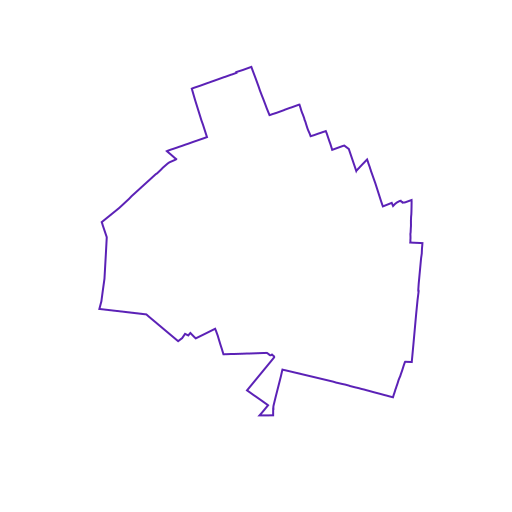 outline of Maglavit, Dolj, Romania, rotated 340°
{"feature_id": "2599482B52050462021094", "entity_name": "Maglavit", "entity_type": "district", "adm_level": 2, "iso_a3": "ROU", "parent_name": "Romania", "parent_adm1": "Dolj", "projection": "albers", "projection_center": [23.135, 44.034], "detail": "fine", "context": "isolated", "style": "outline", "palette": "violet", "viewbox_px": 512, "rotation_deg": 340, "n_neighbors": 0, "source": "geoboundaries", "source_scale": "gbopen_adm2", "svg_char_len": 4960}
<svg xmlns="http://www.w3.org/2000/svg" viewBox="0 0 512 512"><g transform="rotate(340 256 256)"><path d="M366.1,408.9L373.3,393.7L386.7,365.2L392.8,352.5L396.7,344.9L396.9,344.3L396.6,344.2L396.7,343.8L399.4,337.7L410.4,314.5L412.6,310.4L414.5,305.8L416.1,302.4L416.8,300.8L407.4,296.9L405.6,296.1L405.8,295.8L406.3,294.5L406.7,293.4L407.2,292.3L407.7,290.9L408.2,289.4L408.6,288.1L409.1,287.2L409.5,286.4L410.2,284.7L411.0,282.8L411.8,281.0L412.4,279.4L412.8,278.2L413.3,276.9L413.7,275.7L414.1,274.8L415.1,272.3L416.2,270.0L417.3,267.3L418.7,263.7L420.8,258.2L421.3,256.6L418.5,256.6L417.4,256.6L415.9,256.6L414.5,256.6L413.4,256.4L412.6,256.1L412.0,256.0L411.9,255.2L411.4,254.9L411.1,254.6L411.0,254.3L410.9,253.9L410.9,253.6L410.5,253.5L409.5,253.5L408.1,253.7L406.7,253.9L404.5,254.6L402.7,255.5L401.9,255.9L401.7,252.5L392.2,252.8L392.2,250.8L392.3,246.6L393.0,228.7L393.1,218.2L393.1,215.3L393.2,214.4L393.2,213.5L393.2,212.6L393.3,211.7L393.3,210.7L393.3,209.8L393.3,208.9L393.3,208.0L393.3,207.1L393.4,206.2L393.4,205.2L393.4,204.2L393.4,203.5L393.4,203.3L392.6,203.7L392.3,203.8L391.8,204.1L391.3,204.3L390.8,204.6L390.3,204.8L389.8,205.1L389.3,205.3L388.8,205.6L388.2,205.8L387.7,206.1L387.1,206.4L386.6,206.6L386.1,206.9L385.5,207.2L385.0,207.4L384.4,207.7L383.9,208.0L383.3,208.3L382.8,208.6L382.2,208.8L381.7,209.1L381.1,209.4L380.6,209.7L380.0,210.0L379.4,210.2L379.3,210.3L379.8,187.2L376.7,182.4L374.7,182.3L363.9,182.3L364.0,180.6L364.2,176.2L364.2,173.1L364.3,168.7L364.4,165.2L364.3,162.5L362.7,162.5L361.6,162.4L358.9,162.4L356.5,162.3L352.0,162.3L348.3,162.1L348.3,159.4L348.1,156.8L348.0,155.0L348.0,153.3L348.1,150.8L348.2,148.6L348.3,147.4L348.3,145.8L348.2,144.6L348.4,143.1L348.4,140.6L348.4,138.9L348.3,137.7L348.3,136.3L348.3,134.9L348.5,131.7L348.6,128.6L348.3,128.5L348.2,128.5L346.6,128.5L345.0,128.5L343.4,128.5L341.7,128.5L340.0,128.5L338.3,128.4L336.5,128.4L334.7,128.4L332.9,128.4L332.5,128.5L332.1,128.5L331.6,128.5L331.2,128.5L329.1,128.5L328.8,128.5L328.3,128.5L327.7,128.5L327.2,128.5L326.6,128.5L326.0,128.5L325.4,128.5L324.8,128.5L324.5,128.5L324.4,128.5L324.1,128.5L323.9,128.5L323.7,128.5L323.4,128.5L323.2,128.5L323.1,128.4L322.9,128.4L322.6,128.4L321.4,128.4L320.5,128.3L320.1,128.3L319.8,128.3L319.4,128.3L319.0,128.3L318.7,128.3L318.3,128.3L317.9,128.3L317.5,128.3L317.2,128.2L316.9,128.2L316.7,123.6L316.6,120.5L316.6,118.0L316.5,110.6L316.4,107.8L316.3,101.7L316.4,97.8L316.4,93.7L316.4,89.2L316.3,80.1L316.3,76.7L307.3,76.7L300.3,76.4L300.2,76.6L300.2,76.9L300.2,77.2L299.9,77.2L299.3,77.2L298.7,77.2L298.0,77.2L297.4,77.2L296.7,77.2L296.0,77.2L295.4,77.2L294.7,77.1L294.0,77.1L293.3,77.1L292.7,77.1L292.0,77.1L291.3,77.1L290.6,77.1L290.0,77.1L289.8,77.1L289.3,77.1L288.6,77.1L288.0,77.1L287.3,77.0L286.7,77.0L286.0,77.0L280.9,77.0L269.4,76.9L261.8,76.9L254.5,76.7L252.9,76.8L252.4,84.1L252.1,88.6L251.3,105.9L251.1,109.7L251.1,114.3L250.6,127.5L247.8,127.5L236.1,127.3L230.4,127.3L227.8,127.2L224.0,127.2L221.0,127.1L218.6,127.1L214.4,127.0L212.5,126.9L209.1,126.9L208.1,127.0L208.3,127.4L210.8,131.7L211.5,133.0L212.4,134.6L213.2,136.1L213.5,136.5L214.2,137.7L214.1,137.8L212.5,138.0L207.7,138.3L206.5,138.4L204.6,138.9L198.6,141.2L196.4,142.3L193.7,143.5L191.1,144.6L189.9,144.8L188.4,145.4L159.6,157.2L156.2,158.9L148.6,162.1L143.8,164.1L122.6,171.4L122.6,173.3L122.5,174.2L122.2,186.9L122.1,187.5L115.2,203.7L105.8,225.6L100.7,235.2L95.2,245.7L90.7,252.2L133.0,273.4L134.9,276.9L153.7,309.4L157.9,308.1L158.4,308.0L162.7,304.9L165.2,307.5L166.0,307.0L168.0,305.9L168.7,307.5L170.1,310.6L171.1,312.6L171.2,312.8L182.2,311.6L192.7,310.4L192.8,312.7L192.8,315.2L192.8,317.9L192.6,320.9L192.4,324.6L192.3,326.3L192.2,328.8L192.1,332.1L192.0,333.4L191.8,337.2L194.7,338.2L199.2,339.6L202.2,340.7L206.2,342.0L210.8,343.5L214.3,344.6L216.8,345.5L222.7,347.4L225.8,348.4L228.9,349.4L232.2,350.5L233.1,350.8L234.4,352.6L234.7,353.3L235.1,353.9L235.8,354.3L236.6,354.3L237.3,354.1L237.7,354.9L238.5,356.2L238.6,356.7L238.6,357.0L238.5,357.3L238.3,357.5L233.8,360.2L201.6,379.2L203.5,381.9L206.2,385.9L207.9,388.2L215.8,399.6L216.3,400.4L207.4,405.6L204.8,407.0L217.6,411.6L219.9,405.4L220.1,405.5L220.5,404.3L220.9,403.3L221.5,402.3L222.3,401.1L223.1,399.9L226.3,395.1L238.1,377.8L241.5,372.5L242.0,371.8L243.1,372.6L244.3,373.3L259.2,383.1L285.6,400.5L288.3,402.6L288.9,402.9L290.7,404.1L292.1,405.0L293.5,405.9L295.8,407.3L298.9,409.5L299.8,410.3L302.3,412.0L304.5,413.5L306.1,414.5L306.8,415.0L307.2,415.2L308.0,415.8L309.8,417.1L312.0,418.5L313.9,419.9L315.8,421.2L317.9,422.7L319.7,424.0L322.3,425.8L325.5,428.0L327.9,429.7L329.0,430.5L331.1,431.9L332.6,433.0L334.9,434.6L336.4,435.6L337.0,434.8L338.2,433.2L339.2,432.0L340.9,429.8L341.2,429.3L342.2,428.2L343.5,426.5L344.1,425.8L345.7,423.8L347.5,421.4L349.2,419.5L350.3,418.4L352.0,416.2L353.6,414.3L355.0,412.5L356.0,411.2L357.6,409.1L358.6,407.9L359.6,406.7L359.8,406.5L360.0,406.4L366.1,408.9Z" fill="none" stroke="#5b21b6" stroke-width="2"/></g></svg>